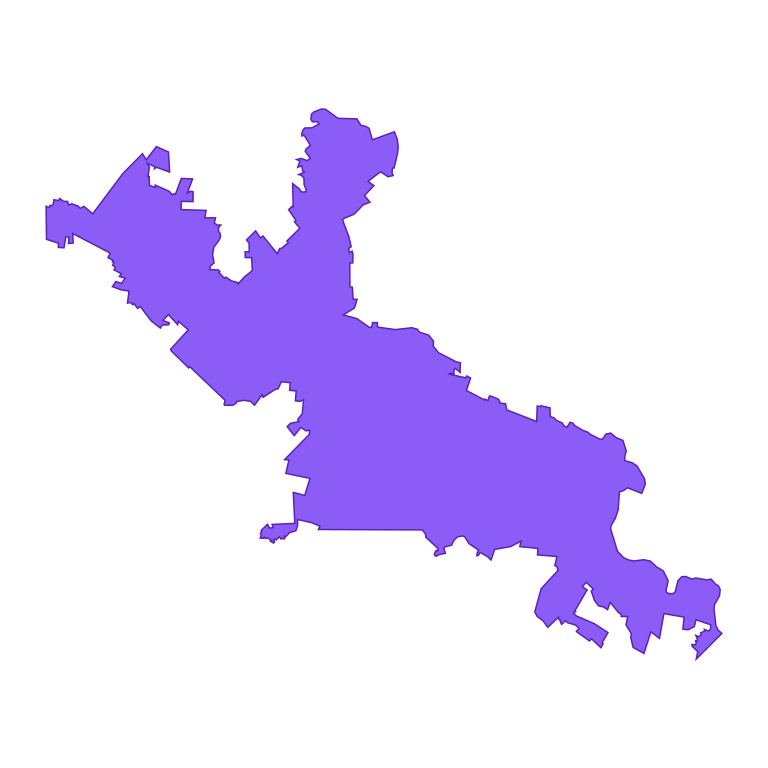 the district of Palenque, Chiapas, Mexico
{"feature_id": "50627088B42287597012066", "entity_name": "Palenque", "entity_type": "district", "adm_level": 2, "iso_a3": "MEX", "parent_name": "Mexico", "parent_adm1": "Chiapas", "projection": "robinson", "projection_center": [-91.787, 17.453], "detail": "fine", "context": "isolated", "style": "filled", "palette": "violet", "viewbox_px": 768, "rotation_deg": 0, "n_neighbors": 0, "source": "geoboundaries", "source_scale": "gbopen_adm2", "svg_char_len": 6094}
<svg xmlns="http://www.w3.org/2000/svg" viewBox="0 0 768 768"><path d="M721.9,633.4L717.9,629.9L715.8,625.1L714.0,608.6L714.7,604.3L719.5,595.9L720.2,589.6L718.4,585.8L715.6,584.2L711.1,579.1L706.8,579.9L696.1,578.0L691.7,579.0L685.8,576.5L681.8,576.7L677.9,580.8L675.2,591.9L672.7,593.8L668.5,593.5L666.6,592.5L666.1,590.1L668.2,580.8L663.3,570.9L656.6,566.9L650.4,561.1L643.8,559.7L633.9,561.0L628.3,559.9L623.6,557.7L617.5,551.3L610.6,528.7L611.1,525.6L615.3,518.3L618.2,509.8L619.4,491.8L623.6,490.6L627.4,487.7L641.7,493.4L645.4,484.0L644.5,478.7L637.1,466.1L632.0,462.7L624.8,460.6L624.8,456.0L626.3,451.0L622.9,440.4L616.4,437.8L610.8,433.1L605.9,434.1L602.5,439.1L600.1,439.2L590.2,434.3L587.9,432.2L582.9,430.4L574.5,425.4L572.8,423.1L570.0,422.3L567.0,427.4L563.8,425.6L562.4,423.1L556.2,420.2L554.3,418.0L550.3,416.6L550.0,407.8L540.8,405.8L540.6,406.6L537.2,406.0L536.7,421.5L506.8,409.9L505.5,403.7L500.3,403.2L498.6,399.3L492.0,396.5L489.5,395.9L487.9,400.6L484.6,399.1L484.2,399.8L466.4,390.5L470.6,378.0L466.7,376.0L465.8,377.9L449.2,374.1L450.8,373.3L454.0,374.2L454.0,369.9L455.3,368.4L460.1,372.4L460.4,362.7L456.1,361.8L438.5,352.7L433.2,346.1L433.5,341.2L428.7,335.1L420.4,332.5L418.0,330.9L417.8,329.4L411.9,327.7L395.4,329.6L377.5,327.1L377.4,322.6L372.7,322.6L371.5,327.6L369.1,327.1L356.8,318.6L343.2,314.9L354.4,308.1L357.1,299.3L353.1,299.3L352.4,287.3L349.9,286.6L349.8,263.1L352.8,262.9L353.0,254.5L352.2,251.2L349.1,252.6L348.8,248.4L351.2,246.7L348.9,236.8L342.6,220.1L343.7,218.5L354.1,214.2L363.0,205.0L370.0,202.2L364.5,195.6L373.9,185.6L368.0,181.4L369.0,180.6L380.6,171.7L388.1,176.8L393.1,175.5L392.0,172.6L392.5,168.0L394.1,168.0L397.6,153.0L398.2,146.5L397.2,139.1L394.4,131.8L372.4,139.8L369.0,128.2L365.1,126.1L361.1,125.5L357.0,118.9L337.9,118.3L325.6,109.3L321.5,109.0L313.9,111.9L311.5,114.2L310.9,119.4L312.4,121.8L317.6,121.7L319.1,123.9L312.1,127.8L304.8,128.0L303.0,130.0L301.6,134.0L302.0,136.0L303.6,135.3L305.0,136.5L310.4,145.5L306.0,149.1L305.2,151.3L310.3,158.4L307.1,160.6L301.3,158.4L296.7,159.5L299.9,161.1L297.7,167.3L301.8,165.8L302.6,170.8L304.2,172.1L298.8,174.6L301.3,175.3L303.9,177.9L304.1,184.6L306.2,189.7L305.8,191.8L301.6,192.1L299.3,188.9L292.6,183.5L293.2,206.6L292.6,205.9L288.6,209.6L296.0,220.6L294.4,221.7L299.8,228.3L286.9,241.0L288.3,242.7L281.5,248.3L279.6,248.6L277.3,253.7L263.0,236.0L260.4,237.9L255.6,230.9L246.5,239.9L249.1,243.1L249.2,251.8L245.1,251.8L245.3,257.6L251.6,257.6L252.3,270.6L244.2,277.1L237.5,284.6L238.2,283.5L237.6,282.5L231.5,280.9L225.8,277.1L224.4,278.3L219.0,272.6L219.9,271.8L218.6,270.0L209.6,269.5L210.5,265.9L214.1,262.9L212.6,254.6L213.8,247.4L219.2,240.0L220.6,236.5L219.8,232.5L218.7,231.7L218.4,227.9L220.7,225.0L217.2,225.1L214.3,222.9L215.5,217.8L204.8,217.8L206.1,210.4L181.1,209.6L181.2,201.4L193.0,201.6L193.1,191.8L190.5,191.2L187.3,193.0L192.6,178.9L181.3,178.4L175.5,194.2L173.7,193.7L172.2,194.9L169.2,191.3L155.2,185.1L155.1,187.4L149.4,185.3L149.2,176.7L148.0,176.7L149.4,167.0L147.5,163.3L154.9,166.9L154.5,168.7L156.6,167.3L169.6,172.1L168.5,152.0L156.4,146.6L146.2,159.8L142.5,153.7L122.9,173.5L92.7,213.8L84.0,206.4L80.2,208.3L78.0,206.0L71.6,203.8L68.8,205.1L67.5,201.4L63.6,201.3L59.6,198.5L58.7,200.6L53.9,199.7L53.3,203.8L52.1,205.6L50.0,205.4L49.9,206.8L48.6,207.2L46.1,206.3L46.5,239.3L58.4,243.2L58.3,247.4L64.0,247.8L65.8,236.8L68.9,237.1L68.5,243.5L73.2,243.0L72.7,233.5L108.5,252.2L110.1,253.3L108.0,257.6L113.2,260.5L112.4,261.8L114.0,262.6L112.5,265.1L115.4,267.2L114.0,269.8L121.3,273.8L119.4,276.5L125.1,278.2L121.5,283.4L115.9,281.5L112.4,286.6L121.0,289.8L129.0,291.1L127.5,303.1L130.5,302.5L132.8,304.7L134.0,303.5L137.7,308.5L140.1,306.3L151.2,320.9L160.4,328.1L162.3,325.0L168.6,324.9L169.3,322.9L163.0,320.4L168.4,314.6L177.7,324.7L178.5,321.3L188.3,329.9L170.7,349.1L171.2,350.9L188.7,367.9L189.8,366.7L225.1,400.3L224.1,404.4L224.9,405.3L233.0,405.2L236.5,402.9L236.6,401.5L244.4,400.3L250.6,401.3L254.5,405.2L262.1,394.7L263.1,397.3L274.5,389.8L278.2,388.7L281.3,381.7L290.3,382.7L289.6,390.3L296.2,391.0L295.4,400.8L299.8,401.4L303.6,399.8L302.2,413.8L297.7,419.5L299.1,421.5L290.5,423.3L287.2,426.6L294.2,435.6L300.9,427.4L306.1,430.9L309.6,430.1L309.3,434.4L284.6,459.6L288.9,460.0L285.9,473.4L310.0,478.4L304.7,495.4L293.3,492.4L294.8,523.4L272.1,524.4L273.1,527.6L269.6,528.1L267.5,524.3L261.2,530.4L261.9,531.4L260.5,533.2L261.1,535.2L260.2,538.1L263.4,538.3L264.2,537.0L265.4,538.5L267.5,537.9L271.4,540.3L270.4,541.1L273.6,543.1L274.6,541.5L273.5,540.4L275.3,538.9L276.4,539.9L279.1,536.8L281.0,539.0L281.7,538.1L284.1,539.1L284.9,537.8L284.2,536.1L285.8,536.6L289.7,532.6L295.9,530.7L297.6,525.8L297.6,519.5L311.7,522.7L320.0,526.1L318.4,529.5L422.3,529.9L425.5,534.0L425.8,537.2L438.2,548.7L437.8,550.8L436.1,550.4L434.4,554.0L434.5,555.3L436.1,556.3L439.6,554.4L445.4,553.3L443.9,548.1L445.4,546.8L451.7,545.1L453.6,540.9L457.2,537.0L462.4,535.9L464.6,536.7L469.0,543.6L478.6,550.1L477.1,553.1L476.9,555.8L478.5,555.3L479.6,553.0L481.1,552.9L487.5,556.6L491.0,560.0L494.7,549.4L510.5,546.6L521.1,541.1L519.8,546.6L537.9,548.4L537.5,554.9L557.0,556.5L554.8,565.5L556.9,566.6L558.0,570.4L541.2,588.7L534.8,611.8L537.1,616.4L542.9,620.6L547.8,627.3L558.4,617.2L559.1,619.9L559.9,619.6L560.7,620.8L560.3,621.7L561.6,624.3L565.5,620.8L567.6,622.7L575.7,625.1L579.1,628.5L576.4,631.2L577.1,632.1L589.6,641.0L591.4,638.7L600.9,647.7L603.1,643.8L602.1,642.8L608.0,632.6L594.5,623.8L576.5,616.0L573.5,613.3L575.6,611.5L574.9,610.8L587.1,589.9L582.2,586.6L586.4,582.4L593.3,589.0L591.3,591.2L594.3,600.1L598.4,605.8L603.3,606.9L607.6,609.6L610.2,602.3L618.4,612.5L621.2,614.2L621.2,616.5L627.6,616.5L626.0,624.9L631.4,633.8L630.7,637.3L633.1,647.4L644.0,653.4L650.9,631.8L659.5,638.4L663.9,613.6L684.1,617.1L682.9,629.2L688.1,629.8L694.3,626.7L696.0,619.7L710.7,624.8L710.5,629.2L708.4,631.0L704.3,629.4L704.7,631.0L700.7,632.9L701.0,635.0L698.7,636.7L695.9,635.4L697.4,639.3L696.6,641.3L695.6,640.9L696.3,643.2L695.0,644.9L691.9,644.5L692.4,646.5L697.7,651.5L696.3,659.0L721.9,633.4Z" fill="#8b5cf6" stroke="#5b21b6" stroke-width="1.5"/></svg>